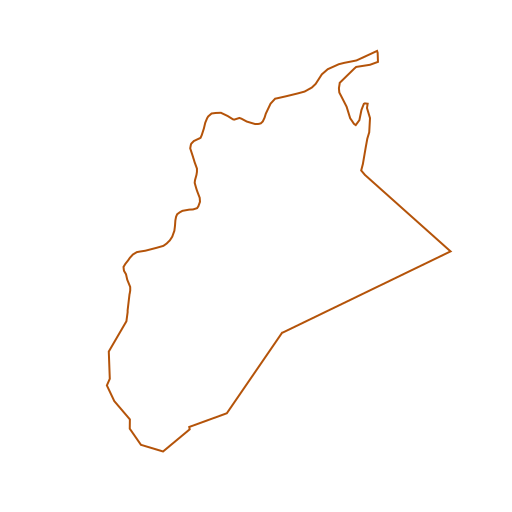 Deville, Soufrière, Saint Lucia, rotated 160°
{"feature_id": "8701671B65041139962090", "entity_name": "Deville", "entity_type": "district", "adm_level": 2, "iso_a3": "LCA", "parent_name": "Saint Lucia", "parent_adm1": "Soufrière", "projection": "orthographic", "projection_center": [-61.051, 13.814], "detail": "fine", "context": "isolated", "style": "outline", "palette": "amber", "viewbox_px": 512, "rotation_deg": 160, "n_neighbors": 0, "source": "geoboundaries", "source_scale": "gbopen_adm2", "svg_char_len": 1998}
<svg xmlns="http://www.w3.org/2000/svg" viewBox="0 0 512 512"><g transform="rotate(160 256 256)"><path d="M83.8,406.3L94.7,405.4L98.7,406.0L106.9,407.3L112.6,407.9L114.0,407.8L115.1,407.7L124.7,407.0L132.0,404.2L141.1,397.3L145.9,395.2L154.1,393.9L161.2,394.5L173.0,395.8L182.4,397.0L184.2,397.3L190.2,394.2L198.1,386.4L200.6,383.1L203.6,380.1L206.1,379.0L208.4,379.2L211.7,380.3L218.7,385.5L222.7,390.0L224.4,391.4L229.8,391.6L230.9,392.3L234.7,397.2L240.0,402.6L245.0,404.2L249.0,405.1L253.2,403.5L254.8,402.2L258.1,398.6L261.4,393.6L265.6,388.2L267.7,386.0L275.1,385.3L278.4,383.7L279.0,383.0L279.4,382.4L281.0,379.7L281.3,370.4L281.4,369.5L281.4,368.3L281.6,365.3L281.6,358.3L282.7,355.3L284.2,352.6L287.4,348.1L288.6,345.7L289.0,340.3L289.1,338.0L289.1,335.9L289.0,329.9L290.1,326.1L293.2,322.4L295.0,321.1L299.3,321.3L302.8,322.4L309.7,323.6L312.8,323.1L315.8,322.2L317.7,320.2L319.6,317.0L321.3,313.2L321.9,311.9L322.6,310.5L324.1,307.6L326.2,305.1L328.1,302.8L331.7,300.1L333.3,299.4L335.6,298.3L338.1,297.6L339.6,297.2L346.6,297.7L358.1,298.8L363.7,299.9L366.7,300.4L371.2,299.5L375.2,297.4L377.7,295.6L381.3,293.4L384.2,291.1L384.4,290.4L384.9,288.4L385.0,287.8L385.1,287.1L384.8,285.5L384.4,283.3L385.1,277.8L384.8,270.0L385.2,268.8L386.0,266.6L387.4,264.1L387.9,263.4L395.3,248.7L395.8,247.2L400.1,239.0L427.0,216.6L435.4,190.6L440.4,185.4L438.8,168.1L430.4,145.6L433.7,136.9L428.7,117.9L410.2,104.1L377.6,115.8L377.2,118.2L337.2,118.2L257.7,175.0L257.1,174.9L71.6,193.8L125.9,294.9L127.9,300.4L124.1,305.9L115.6,320.8L111.2,328.3L107.3,333.5L101.7,346.6L101.1,357.1L99.4,360.2L99.0,360.9L99.6,361.2L101.5,362.2L102.6,362.1L105.0,359.4L107.0,357.1L111.8,349.3L112.4,348.3L117.5,344.9L118.0,345.6L118.8,346.8L119.6,350.2L120.4,353.2L120.2,357.2L119.8,365.3L121.3,377.4L121.8,381.1L120.9,384.6L120.6,385.5L118.7,388.9L118.1,390.1L99.3,398.6L97.2,399.4L83.5,396.7L81.0,396.7L75.0,396.7L72.2,405.3L72.1,407.3L78.9,406.7L83.8,406.3Z" fill="none" stroke="#b45309" stroke-width="2"/></g></svg>